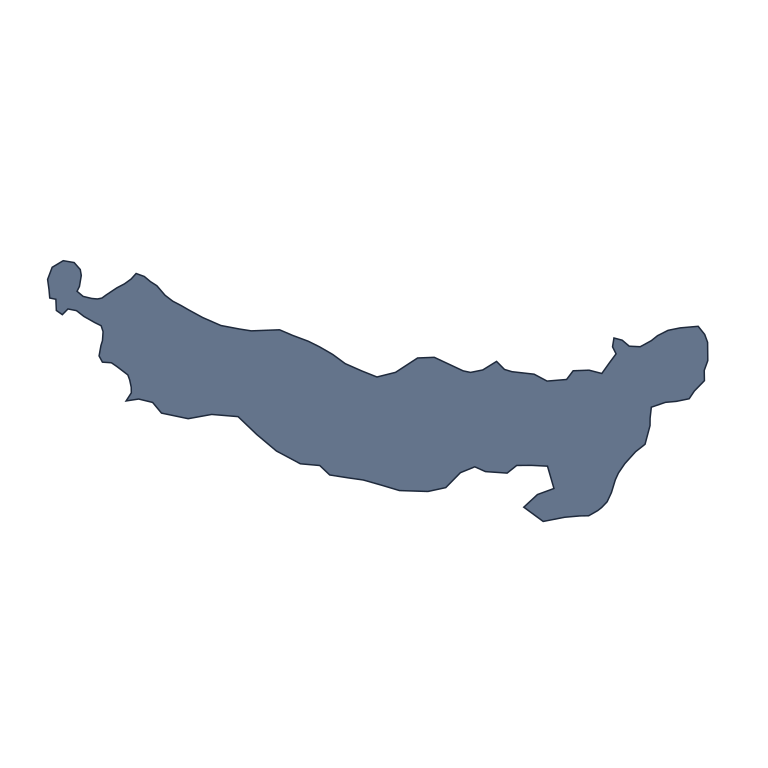 Agia Napa, Famagusta, Cyprus (Albers equal-area conic projection), rotated 175°
{"feature_id": "46923920B61002962813660", "entity_name": "Agia Napa", "entity_type": "district", "adm_level": 2, "iso_a3": "CYP", "parent_name": "Cyprus", "parent_adm1": "Famagusta", "projection": "albers", "projection_center": [34.016, 34.985], "detail": "fine", "context": "isolated", "style": "filled", "palette": "slate", "viewbox_px": 768, "rotation_deg": 175, "n_neighbors": 0, "source": "geoboundaries", "source_scale": "gbopen_adm2", "svg_char_len": 1840}
<svg xmlns="http://www.w3.org/2000/svg" viewBox="0 0 768 768"><g transform="rotate(175 384 384)"><path d="M200.0,235.5L191.6,234.9L182.2,239.2L177.8,242.1L172.0,247.2L166.9,256.0L161.9,268.4L158.2,274.9L151.0,283.7L139.3,294.6L129.2,301.2L122.6,319.4L121.9,326.7L119.7,337.6L105.2,341.2L94.3,341.2L81.3,342.7L75.4,350.0L64.5,359.4L63.8,369.6L59.4,379.1L58.0,397.3L60.2,405.4L66.0,414.1L84.1,414.1L96.4,412.7L107.3,408.3L113.9,403.9L125.5,398.8L136.4,400.3L142.9,406.9L150.9,409.8L153.1,401.1L150.2,393.8L157.4,385.7L166.1,375.5L178.5,379.9L194.4,380.7L201.7,372.6L221.3,372.7L233.6,380.7L255.4,385.1L262.7,388.0L269.9,396.7L284.4,389.4L296.8,388.0L304.0,390.2L331.6,406.2L348.3,407.0L371.5,394.6L390.4,391.6L404.9,398.9L420.9,407.7L432.5,417.9L444.9,426.6L455.7,433.2L471.0,440.5L483.3,447.1L497.1,447.8L511.6,448.5L523.3,451.4L541.4,456.5L558.8,466.0L571.9,474.7L579.2,479.8L587.2,484.9L594.4,491.5L601.7,501.7L607.8,506.4L609.6,508.2L613.4,512.0L621.3,515.7L626.8,510.6L633.8,506.4L641.7,503.1L652.9,497.0L657.5,494.2L662.1,493.7L667.7,494.7L676.1,497.5L681.7,503.1L678.9,507.7L676.1,518.5L676.6,524.5L682.1,532.0L692.8,534.8L704.4,529.2L710.0,517.5L709.5,507.2L709.5,498.8L703.5,497.0L704.0,485.8L698.4,481.1L692.3,486.3L684.0,483.9L677.0,477.4L666.8,470.4L660.7,466.7L659.3,460.6L660.7,451.7L662.6,447.1L665.4,436.8L662.6,430.3L653.7,428.9L648.6,424.7L638.4,415.4L637.0,410.2L636.1,402.8L636.5,397.2L642.4,389.6L629.7,390.4L616.1,385.8L608.2,374.4L582.1,366.5L558.3,368.7L532.2,364.2L515.2,344.8L497.0,326.6L474.3,311.8L455.1,308.4L446.0,298.1L427.8,293.6L413.1,290.2L395.0,283.3L377.9,276.5L349.6,273.1L331.5,275.4L315.6,289.0L300.8,293.6L290.6,287.9L269.1,284.5L258.9,291.3L244.2,290.1L228.3,287.9L223.8,265.1L240.8,260.5L255.5,249.1L237.4,233.2L215.8,235.5L200.0,235.5Z" fill="#64748b" stroke="#1e293b" stroke-width="1.5"/></g></svg>